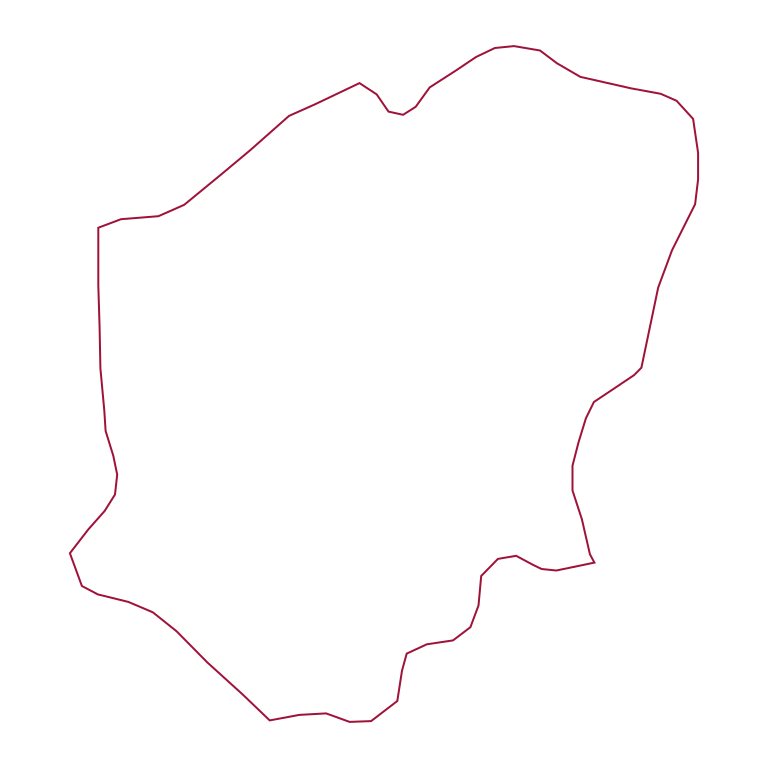 the district of Lèkoni-Lèkori, Haut-Ogooué, Gabon
{"feature_id": "22940354B21912666573849", "entity_name": "Lèkoni-Lèkori", "entity_type": "district", "adm_level": 2, "iso_a3": "GAB", "parent_name": "Gabon", "parent_adm1": "Haut-Ogooué", "projection": "natural_earth1", "projection_center": [13.947, -1.086], "detail": "fine", "context": "isolated", "style": "outline", "palette": "rose", "viewbox_px": 768, "rotation_deg": 0, "n_neighbors": 0, "source": "geoboundaries", "source_scale": "gbopen_adm2", "svg_char_len": 1056}
<svg xmlns="http://www.w3.org/2000/svg" viewBox="0 0 768 768"><path d="M641.4,367.7L649.4,329.5L658.2,287.5L672.0,250.3L695.1,204.2L698.1,179.3L698.1,152.9L693.1,118.9L676.6,100.8L660.7,93.8L631.3,88.4L580.4,76.9L557.0,63.3L540.0,50.5L514.1,46.1L494.9,48.0L476.2,56.9L455.3,70.9L429.7,87.4L415.7,106.8L403.1,114.8L388.5,111.6L376.7,94.4L359.5,83.1L314.8,104.4L289.0,115.9L250.3,150.1L221.1,174.5L184.2,204.8L158.4,216.2L121.0,219.2L98.3,227.7L98.3,285.3L99.6,327.6L100.4,368.3L104.3,410.5L105.6,430.9L113.3,455.8L117.2,474.6L115.0,494.5L104.7,510.9L88.4,529.3L69.9,553.2L81.9,586.0L97.8,594.4L128.3,601.9L152.8,612.3L176.5,631.2L207.4,662.5L243.0,694.8L269.7,720.4L299.2,714.9L326.1,713.4L349.6,721.9L371.1,721.1L397.3,701.0L402.0,670.7L406.7,653.6L426.8,644.3L453.0,640.4L470.4,627.2L478.5,605.5L481.2,576.0L497.9,558.9L516.1,555.8L533.5,565.1L541.6,569.0L556.3,570.5L582.5,565.1L594.4,562.6L589.9,554.2L581.9,519.3L572.5,490.5L572.5,465.7L578.5,442.4L585.9,418.3L593.9,402.0L634.1,375.1L641.4,367.7Z" fill="none" stroke="#9f1239" stroke-width="2"/></svg>